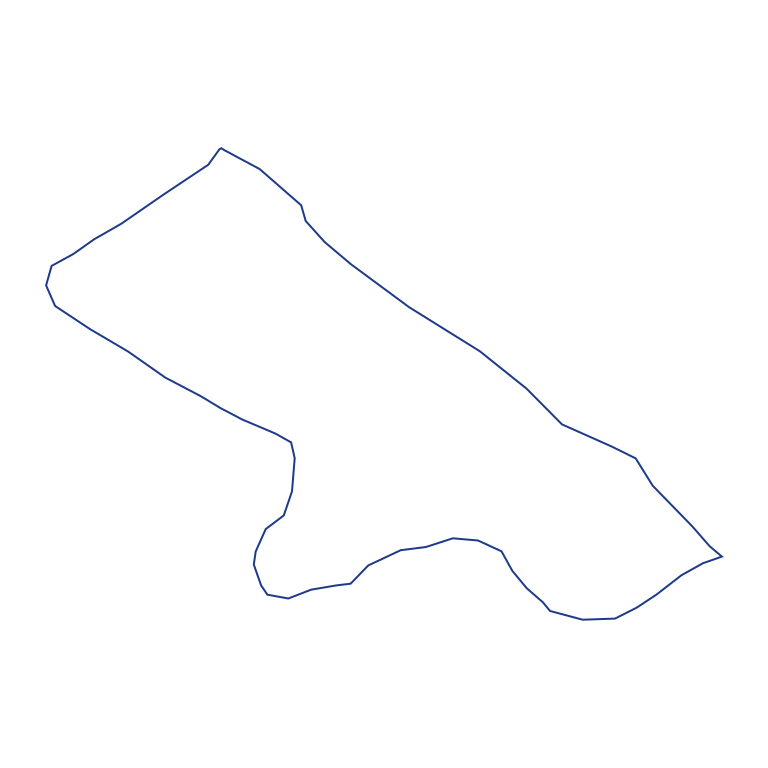 Timrå, Västernorrland, Sweden (Robinson projection)
{"feature_id": "70781695B55487721764807", "entity_name": "Timrå", "entity_type": "district", "adm_level": 2, "iso_a3": "SWE", "parent_name": "Sweden", "parent_adm1": "Västernorrland", "projection": "robinson", "projection_center": [17.343, 62.661], "detail": "fine", "context": "isolated", "style": "outline", "palette": "blue", "viewbox_px": 768, "rotation_deg": 0, "n_neighbors": 0, "source": "geoboundaries", "source_scale": "gbopen_adm2", "svg_char_len": 877}
<svg xmlns="http://www.w3.org/2000/svg" viewBox="0 0 768 768"><path d="M221.5,148.3L219.5,149.2L208.2,164.8L162.9,195.0L121.3,223.7L94.1,239.3L73.3,254.0L51.6,265.9L46.1,285.4L55.1,306.0L90.3,329.3L128.2,351.6L165.3,377.6L200.6,396.1L220.5,408.1L242.2,419.5L275.7,433.7L291.1,442.4L294.7,458.2L292.0,491.4L283.8,515.4L265.7,529.1L255.7,551.5L253.8,564.6L261.1,585.4L267.4,594.7L288.3,598.5L311.0,589.7L336.4,585.4L350.6,583.7L368.3,565.4L400.7,550.2L425.9,547.0L452.9,538.3L478.0,540.5L501.5,551.3L512.3,570.8L526.7,588.2L542.9,602.3L550.1,611.0L582.6,619.7L615.0,618.6L636.6,607.7L656.3,594.7L681.5,575.2L703.0,563.2L721.9,556.6L709.6,546.2L692.5,526.6L652.7,485.7L635.7,458.4L611.6,446.5L562.0,424.4L526.6,388.7L479.9,351.3L409.1,307.2L350.9,264.2L324.7,242.1L305.7,221.0L301.2,205.3L259.7,169.1L224.4,150.2L221.5,148.3Z" fill="none" stroke="#1e3a8a" stroke-width="2"/></svg>